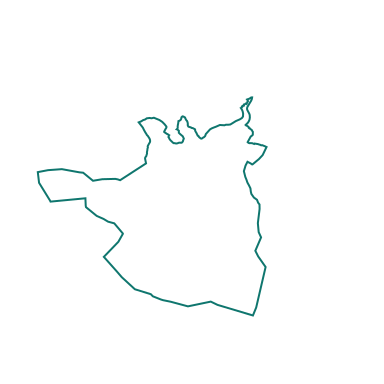 outline of Akinyele, Oyo, Nigeria, rotated 222°
{"feature_id": "59680162B96934818178887", "entity_name": "Akinyele", "entity_type": "district", "adm_level": 2, "iso_a3": "NGA", "parent_name": "Nigeria", "parent_adm1": "Oyo", "projection": "albers", "projection_center": [3.952, 7.55], "detail": "fine", "context": "isolated", "style": "outline", "palette": "teal", "viewbox_px": 384, "rotation_deg": 222, "n_neighbors": 0, "source": "geoboundaries", "source_scale": "gbopen_adm2", "svg_char_len": 5645}
<svg xmlns="http://www.w3.org/2000/svg" viewBox="0 0 384 384"><g transform="rotate(222 192 192)"><path d="M319.9,103.6L311.8,96.5L292.0,90.7L290.7,90.2L267.0,116.0L261.7,110.6L260.6,109.8L248.0,110.4L246.7,110.5L239.7,112.8L234.5,113.8L234.1,114.0L228.8,116.7L215.7,114.9L215.4,114.7L213.4,105.7L214.1,84.8L195.1,82.7L187.2,81.7L169.4,81.5L154.2,88.5L151.3,88.3L143.2,91.3L141.2,92.2L134.4,96.2L118.5,104.3L104.7,123.1L97.5,125.2L64.1,141.0L67.0,149.1L87.1,185.5L99.7,188.4L105.6,190.7L110.3,204.5L115.6,206.8L122.2,212.9L130.4,224.6L133.5,227.9L135.7,228.3L138.5,229.7L142.3,229.3L146.6,230.3L148.6,231.7L151.0,233.8L154.2,235.1L156.6,235.9L157.9,236.5L159.6,237.5L162.5,238.9L167.4,242.2L169.9,247.5L171.0,251.6L167.5,252.5L165.8,252.7L165.5,253.0L164.4,260.6L164.3,261.0L164.2,266.7L166.7,275.3L168.4,274.8L171.1,273.8L171.8,273.0L172.0,272.9L172.7,272.8L173.7,272.3L175.1,271.7L176.5,270.8L177.9,269.9L177.9,269.3L179.8,268.6L181.0,267.7L182.0,266.7L182.9,266.3L184.0,266.3L185.5,272.6L185.2,273.6L185.1,275.2L187.0,277.4L188.2,277.7L189.2,278.1L190.4,277.9L191.3,277.9L191.8,278.0L192.0,277.7L192.8,277.7L193.0,277.9L193.5,278.2L193.9,278.2L194.4,278.1L195.1,278.0L195.6,278.0L196.0,277.9L196.2,277.7L197.0,277.7L196.9,279.7L196.8,280.6L196.9,281.5L197.2,282.9L197.7,284.3L198.8,286.0L200.6,287.8L201.8,288.5L204.0,289.3L206.1,290.1L206.9,290.8L207.5,291.7L207.8,292.6L208.6,296.6L209.1,299.3L209.6,300.8L210.2,301.9L210.6,302.5L210.8,302.3L211.2,302.0L211.4,301.5L211.5,301.0L211.6,300.4L211.7,300.1L211.9,299.7L212.1,299.1L212.5,298.5L212.8,298.0L213.0,297.6L212.5,297.5L212.1,297.4L211.7,297.3L211.2,297.0L211.1,296.8L211.2,296.6L211.3,296.4L211.2,296.2L211.0,295.7L210.8,295.4L210.8,295.2L210.7,294.9L210.6,294.6L210.6,294.3L210.5,294.0L210.8,294.0L211.0,294.0L211.1,293.8L211.1,293.7L211.3,293.6L211.3,293.4L211.3,293.1L211.4,292.9L211.5,292.5L211.6,292.3L211.7,292.1L211.8,292.0L211.9,291.8L212.0,291.7L211.9,291.4L211.6,291.2L211.4,291.0L211.2,290.9L211.3,290.6L211.5,290.4L211.7,290.2L211.9,290.0L212.0,289.8L212.1,289.7L212.0,289.4L211.9,289.3L211.9,289.2L211.7,289.0L211.8,288.8L212.0,288.6L211.9,288.4L211.7,288.3L211.6,288.2L211.6,287.9L211.7,287.7L211.7,287.3L211.8,287.1L211.0,286.9L209.5,286.4L208.3,285.8L206.4,284.4L204.6,282.2L204.4,280.3L205.1,277.9L206.9,274.0L207.8,270.8L208.7,267.8L210.1,266.2L211.8,264.7L212.6,263.2L213.2,262.8L214.4,261.8L216.1,260.5L217.0,258.5L218.0,256.3L218.8,254.8L219.9,252.5L220.5,250.6L220.5,248.9L220.5,245.9L220.5,245.1L220.5,244.3L220.1,243.4L219.7,242.5L219.7,241.7L219.8,240.7L220.2,239.7L220.3,239.0L220.5,238.2L221.1,237.7L221.6,237.6L222.4,237.6L223.0,237.5L223.8,237.6L224.2,237.8L224.4,237.9L224.8,237.8L225.2,237.7L225.3,237.8L225.5,237.7L225.8,237.8L226.0,237.9L226.3,238.0L226.5,238.1L227.1,238.4L227.4,238.5L227.6,238.5L227.9,238.7L228.1,238.8L228.6,239.0L228.8,239.0L229.1,239.1L229.4,239.2L229.8,239.3L230.2,239.5L230.5,239.6L230.8,239.8L231.0,240.0L231.3,240.3L231.5,240.5L232.1,240.6L232.4,240.5L232.7,240.4L232.9,240.3L233.2,240.2L233.7,240.1L234.2,240.0L234.5,239.8L234.9,239.5L235.3,239.3L235.5,239.3L235.9,239.3L236.3,239.2L236.5,239.1L236.7,238.9L237.0,238.8L237.4,238.6L237.7,238.5L238.0,238.4L238.3,238.2L238.7,238.3L239.1,238.4L239.4,238.5L239.7,238.7L239.9,238.9L240.1,239.0L240.3,239.4L240.7,239.8L241.0,240.1L241.2,240.3L241.5,240.5L241.8,240.7L242.1,240.9L242.4,241.1L242.5,241.1L242.9,241.3L243.1,241.4L243.3,241.5L243.6,241.5L244.0,241.5L244.4,241.6L244.8,241.7L245.3,241.9L245.6,242.0L245.8,242.1L246.0,242.2L246.2,242.3L246.4,242.4L246.6,242.5L246.8,242.5L247.0,242.7L247.6,242.5L248.1,242.5L248.7,242.4L249.3,242.1L249.7,241.8L249.7,241.3L249.8,240.9L249.8,240.4L249.5,240.1L249.3,239.7L249.0,239.1L248.7,238.3L248.8,237.4L249.0,236.6L249.1,236.3L249.3,236.0L249.5,235.6L249.4,235.5L249.3,235.3L249.2,235.2L249.0,234.9L248.8,234.6L248.6,234.4L248.4,234.1L248.1,233.6L247.9,233.3L247.6,232.7L247.3,232.3L247.0,231.8L246.8,231.5L246.6,231.2L246.3,230.9L246.0,230.6L245.7,230.3L245.5,230.0L245.4,229.8L245.3,229.6L245.3,229.3L245.3,228.9L245.3,228.4L245.1,228.5L244.7,228.6L244.4,228.7L244.2,228.7L243.9,228.7L243.7,228.7L243.4,228.7L243.1,228.6L242.9,228.7L242.7,228.7L242.4,228.3L241.4,227.2L239.8,227.1L236.1,227.2L233.8,226.2L233.3,224.8L232.7,223.6L232.5,222.3L233.0,221.3L234.0,220.6L234.8,219.7L235.3,218.6L235.8,217.9L236.2,217.5L236.6,217.2L237.0,217.0L237.7,216.6L238.2,216.1L239.1,215.9L241.2,216.0L242.3,216.0L243.6,216.2L244.4,216.4L245.2,216.8L245.5,216.9L245.7,217.0L245.9,217.0L246.1,217.0L246.3,217.1L246.4,217.3L246.5,217.5L246.6,217.9L246.7,218.1L246.8,218.3L246.9,218.5L247.0,218.7L247.0,218.9L247.5,218.8L247.8,218.8L248.1,218.8L248.5,218.7L249.1,218.6L249.4,218.5L249.6,218.4L249.8,218.3L250.0,218.3L250.5,218.3L250.8,218.3L251.0,218.2L251.3,218.1L251.6,218.1L252.0,218.1L252.4,218.1L252.7,218.0L252.9,218.0L253.0,218.1L253.2,218.7L253.4,219.4L253.6,220.2L253.7,220.6L253.8,221.0L253.9,221.4L253.9,221.8L254.0,222.1L254.1,222.6L254.3,223.0L254.8,223.5L257.7,224.0L261.0,224.2L264.4,223.7L267.7,222.5L270.0,221.7L271.4,219.7L273.0,218.7L274.9,216.5L275.4,214.4L276.4,212.8L277.0,210.6L278.2,208.1L272.4,207.1L271.2,206.8L269.6,206.1L266.4,205.0L265.1,204.7L263.8,204.2L262.2,204.1L261.2,203.8L260.0,203.5L258.9,203.1L257.9,202.5L257.0,201.6L256.5,200.6L256.4,199.8L256.3,199.2L256.0,198.2L255.8,197.1L255.5,196.3L254.6,195.6L253.9,194.1L253.3,193.4L252.7,192.4L252.1,191.4L251.1,190.4L250.5,189.0L250.0,188.1L249.9,186.8L249.8,186.3L249.2,185.4L245.3,182.5L253.3,152.7L255.6,151.7L257.8,150.4L267.2,141.5L273.1,134.1L285.8,133.5L288.8,131.3L304.0,121.9L313.6,111.9L319.9,103.6Z" fill="none" stroke="#0f766e" stroke-width="2"/></g></svg>